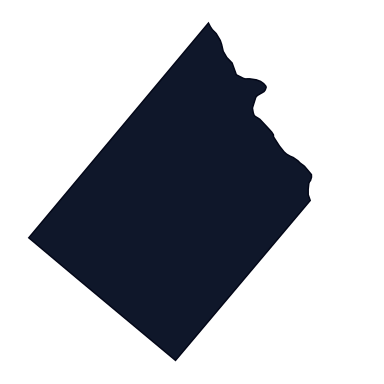 Clay, South Dakota, United States of America, rotated 220°
{"feature_id": "52423323B37505692386722", "entity_name": "Clay", "entity_type": "district", "adm_level": 2, "iso_a3": "USA", "parent_name": "United States of America", "parent_adm1": "South Dakota", "projection": "albers", "projection_center": [-96.993, 42.894], "detail": "fine", "context": "isolated", "style": "filled", "palette": "ink", "viewbox_px": 384, "rotation_deg": 220, "n_neighbors": 0, "source": "geoboundaries", "source_scale": "gbopen_adm2", "svg_char_len": 812}
<svg xmlns="http://www.w3.org/2000/svg" viewBox="0 0 384 384"><g transform="rotate(220 192 192)"><path d="M96.4,52.4L96.0,261.5L101.2,264.6L104.6,268.6L108.0,273.6L108.6,275.4L108.6,276.9L110.0,280.2L111.7,282.1L122.4,284.0L128.0,283.7L130.8,284.0L136.6,283.5L139.9,282.5L143.9,281.8L147.3,281.9L154.6,283.4L164.9,286.6L166.5,288.2L169.4,289.1L174.3,289.8L186.8,291.3L192.5,290.5L194.2,290.9L196.2,292.2L199.7,295.2L203.9,305.2L204.1,306.4L203.9,308.2L201.4,315.2L201.5,317.1L202.0,318.6L202.6,320.0L203.7,320.6L206.8,321.1L210.6,320.8L214.8,319.3L217.1,317.9L220.7,315.7L224.0,312.8L226.0,312.0L233.4,310.3L244.2,316.6L251.8,317.4L258.5,319.8L264.2,324.1L267.8,326.3L275.3,328.9L280.8,329.4L284.2,330.4L288.0,332.0L287.6,52.0L223.8,52.0L96.4,52.4Z" fill="#0f172a" stroke="#020617" stroke-width="1.5"/></g></svg>